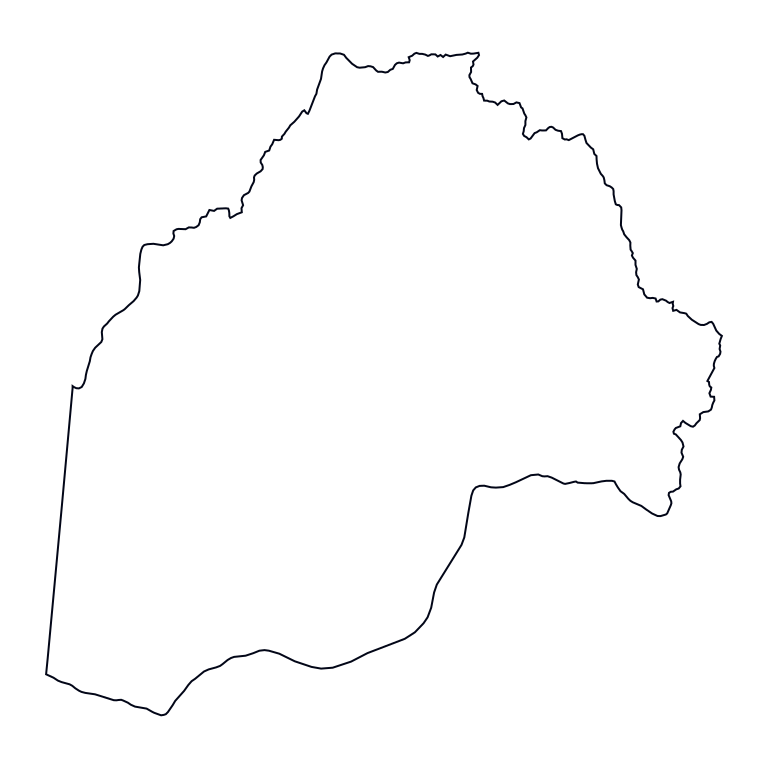 the district of Casa Nova, Bahia, Brazil
{"feature_id": "56859067B17018387686030", "entity_name": "Casa Nova", "entity_type": "district", "adm_level": 2, "iso_a3": "BRA", "parent_name": "Brazil", "parent_adm1": "Bahia", "projection": "robinson", "projection_center": [-41.193, -9.237], "detail": "fine", "context": "isolated", "style": "outline", "palette": "ink", "viewbox_px": 768, "rotation_deg": 0, "n_neighbors": 0, "source": "geoboundaries", "source_scale": "gbopen_adm2", "svg_char_len": 6021}
<svg xmlns="http://www.w3.org/2000/svg" viewBox="0 0 768 768"><path d="M72.6,386.1L72.6,388.1L61.8,506.6L47.7,658.2L46.1,674.3L53.5,677.7L57.9,680.6L61.6,682.1L69.6,684.3L72.3,685.8L75.3,688.3L79.0,690.7L81.5,691.9L85.3,692.9L95.0,694.3L113.8,700.2L116.5,700.3L118.4,700.0L121.2,699.8L123.1,700.5L127.9,702.7L130.8,704.7L135.0,706.6L146.6,708.6L152.2,711.8L154.2,712.8L161.1,715.3L163.7,714.9L165.8,714.2L167.9,712.1L172.7,705.1L175.2,700.9L184.1,690.9L188.3,685.0L191.6,681.2L195.1,678.8L204.0,671.5L208.7,669.4L216.1,667.4L220.1,665.9L222.6,664.1L227.6,660.0L231.0,658.0L234.1,656.9L245.6,655.7L253.2,653.2L259.4,650.7L264.5,650.1L268.9,650.7L279.3,653.7L294.8,661.3L311.5,666.9L321.1,668.6L332.7,667.7L351.1,661.6L367.5,653.1L404.8,638.8L414.9,632.3L423.6,623.2L427.6,617.3L431.2,607.7L434.1,592.5L436.8,584.6L461.5,544.9L464.3,537.4L468.3,513.0L471.4,495.7L473.2,490.4L475.8,487.4L479.6,485.9L484.2,485.7L491.0,487.3L495.9,487.6L503.2,487.1L509.6,484.9L515.8,482.3L530.9,475.2L538.3,474.5L542.3,476.2L544.4,476.4L547.6,476.2L551.7,477.6L563.4,483.5L565.1,483.9L569.5,483.0L574.1,481.8L576.0,481.5L577.6,482.6L584.7,483.2L589.6,483.3L593.2,483.2L601.6,481.4L606.4,480.8L611.9,480.8L614.5,481.5L615.9,484.2L617.9,487.5L620.5,491.2L624.2,493.9L628.3,498.8L630.4,500.8L632.8,502.3L641.3,505.9L646.2,509.5L652.1,513.5L657.5,516.0L660.5,516.1L665.9,514.5L667.2,513.4L670.8,505.2L671.4,503.3L671.2,501.3L668.6,495.1L669.0,492.9L670.7,491.8L673.0,491.6L676.3,489.3L678.7,488.5L680.5,486.3L680.1,483.5L680.1,479.6L680.7,474.5L680.3,472.4L679.0,469.6L678.6,467.1L679.7,463.4L682.3,459.3L683.2,456.8L681.5,452.7L681.8,449.8L683.5,446.5L682.5,442.5L680.9,440.0L675.8,434.4L673.9,433.7L673.4,431.7L674.6,429.4L675.8,428.0L680.3,426.3L681.0,423.1L683.0,420.9L685.4,422.9L690.8,426.2L693.0,426.7L694.8,425.5L696.4,423.3L699.7,420.1L700.1,418.2L699.8,414.3L703.3,412.1L708.3,411.4L711.0,409.6L711.8,407.5L712.3,405.0L713.2,402.7L714.4,400.4L714.1,396.8L710.6,396.6L709.4,393.2L710.9,389.9L711.3,387.5L709.8,386.4L709.2,384.7L709.0,382.0L707.4,381.0L714.4,368.0L713.8,365.9L713.9,363.8L714.7,361.1L715.9,358.6L717.0,356.9L718.6,356.4L720.1,353.9L720.5,351.7L719.6,349.0L720.2,345.5L719.3,343.7L720.6,339.1L721.9,335.9L719.2,333.9L716.3,330.6L713.2,323.8L711.6,321.9L709.3,322.3L706.9,323.9L704.0,325.0L700.7,324.9L698.6,324.1L691.8,319.7L687.8,316.0L686.3,313.7L684.7,313.2L680.0,312.4L676.5,309.9L673.2,310.8L672.5,308.1L673.3,306.0L672.7,303.7L673.0,301.8L669.5,303.0L667.6,302.0L666.1,300.7L662.4,299.2L660.4,299.6L658.3,301.4L656.6,301.5L655.6,298.5L652.8,297.9L650.0,298.2L647.1,297.7L644.3,294.4L643.0,289.3L638.7,287.1L637.8,284.5L638.9,279.5L637.8,277.2L636.4,275.1L636.1,272.2L636.8,268.9L635.5,264.9L635.5,260.6L633.0,257.7L631.9,255.5L632.8,253.1L631.7,251.2L630.6,249.6L630.3,245.6L630.4,242.5L629.2,240.1L626.6,237.3L624.2,234.3L623.2,231.3L622.2,229.6L621.5,227.4L620.9,225.1L621.5,210.2L621.2,207.4L619.0,205.1L617.3,205.0L615.8,204.3L614.8,201.0L613.6,194.4L613.6,191.1L613.2,189.0L611.7,187.5L609.7,186.2L606.6,185.2L604.8,183.4L604.4,180.3L603.7,177.4L602.7,175.9L600.8,173.8L598.0,168.2L597.0,163.7L596.6,159.4L596.5,156.0L594.3,153.9L593.2,149.3L590.9,147.6L586.5,143.0L585.5,139.9L584.4,135.8L583.0,134.2L581.5,134.2L579.8,134.6L577.8,135.4L568.8,140.1L566.5,139.3L564.8,139.5L562.4,138.2L562.0,133.8L561.0,131.1L558.0,130.7L555.5,129.8L553.1,127.5L551.5,126.8L549.8,127.0L548.4,127.9L546.0,130.4L542.3,130.5L539.8,130.2L536.7,132.3L534.6,133.1L530.6,138.5L528.8,139.4L526.5,137.2L524.1,135.9L522.9,133.9L523.7,131.2L524.0,128.1L525.4,125.0L525.4,121.1L526.4,117.4L525.3,115.1L524.3,113.6L522.5,108.4L521.1,107.4L519.5,103.1L516.4,102.4L513.5,104.0L510.0,104.1L507.9,103.4L504.2,100.5L501.4,101.3L497.6,104.9L495.1,102.5L492.7,101.7L489.3,101.5L487.3,100.7L484.1,100.6L483.4,97.9L482.6,96.3L482.1,93.9L479.8,93.8L478.1,92.8L476.7,90.0L477.6,86.0L475.6,84.4L472.5,83.3L470.7,79.1L469.5,77.1L469.4,75.1L471.1,72.0L471.0,67.5L472.7,66.2L473.5,64.6L473.0,61.5L477.3,57.7L479.0,55.1L478.4,52.8L473.6,53.6L470.9,53.7L467.8,52.7L465.7,53.6L462.3,54.5L456.5,54.9L450.1,56.2L445.7,54.6L443.1,57.0L440.5,55.0L437.7,56.5L435.4,54.4L431.3,54.3L429.4,55.4L427.9,55.9L425.3,54.6L422.3,53.9L419.5,53.9L416.4,52.9L414.4,53.7L412.2,55.7L408.7,57.2L409.7,60.1L409.1,62.3L405.6,62.4L403.1,63.3L399.0,62.6L396.8,63.3L395.0,64.9L392.8,68.9L390.3,69.8L387.8,72.0L385.3,72.5L381.8,71.7L378.0,71.8L376.2,70.5L373.1,67.1L370.5,66.3L368.1,66.1L365.1,67.2L359.6,67.7L357.1,67.2L352.1,63.8L346.2,57.8L344.0,54.8L340.2,53.5L335.2,53.4L331.6,54.6L329.6,56.6L326.4,62.5L324.5,65.2L323.0,68.5L322.1,71.5L321.0,78.9L317.1,89.6L316.4,93.8L315.0,96.3L309.4,110.8L307.9,113.8L306.5,113.2L304.3,110.3L302.2,111.6L299.0,116.5L296.7,119.1L294.3,121.8L290.3,125.3L288.9,127.7L285.7,131.7L284.4,133.9L281.9,136.6L281.8,138.7L280.4,139.8L278.7,140.2L274.1,139.8L272.2,144.3L270.5,146.6L269.2,150.5L265.2,151.9L263.9,155.3L260.6,160.0L260.7,162.5L262.3,165.0L262.8,167.1L262.6,169.1L260.6,171.3L256.8,173.5L254.7,175.5L254.0,177.4L254.2,179.8L253.7,182.1L251.4,186.4L249.4,191.6L248.2,192.9L243.9,195.2L242.0,198.0L241.6,200.3L243.1,205.2L241.5,208.2L241.8,212.3L236.9,214.1L233.4,216.3L230.3,217.9L229.4,216.3L229.3,213.0L228.9,210.4L228.2,208.6L225.9,208.3L217.1,208.7L214.1,210.9L209.4,210.0L206.2,216.4L201.6,217.3L200.2,219.2L199.8,222.3L198.6,225.2L196.2,227.0L194.0,227.8L191.5,227.5L188.8,227.4L185.6,229.2L178.4,228.9L176.5,229.3L173.6,231.0L173.4,233.5L174.2,236.0L173.6,238.7L171.7,241.4L170.0,242.9L167.8,244.2L163.2,245.3L153.4,243.8L147.5,244.2L144.3,245.0L142.6,246.7L141.4,249.5L140.3,253.9L139.1,265.3L138.9,267.5L139.2,272.0L140.2,280.0L139.3,291.1L137.9,295.5L136.6,297.6L133.6,301.1L128.8,305.2L124.9,309.0L123.5,310.1L115.6,314.7L113.2,316.7L108.9,321.3L107.2,323.5L103.9,326.5L102.5,328.6L101.8,332.1L102.4,339.2L101.3,342.0L95.2,347.7L92.9,351.0L91.6,354.1L90.5,357.3L89.8,361.3L86.8,371.0L85.9,375.0L85.4,378.9L83.9,383.4L81.7,387.0L78.9,388.4L76.3,388.2L74.0,387.1L72.6,386.1Z" fill="none" stroke="#020617" stroke-width="2"/></svg>